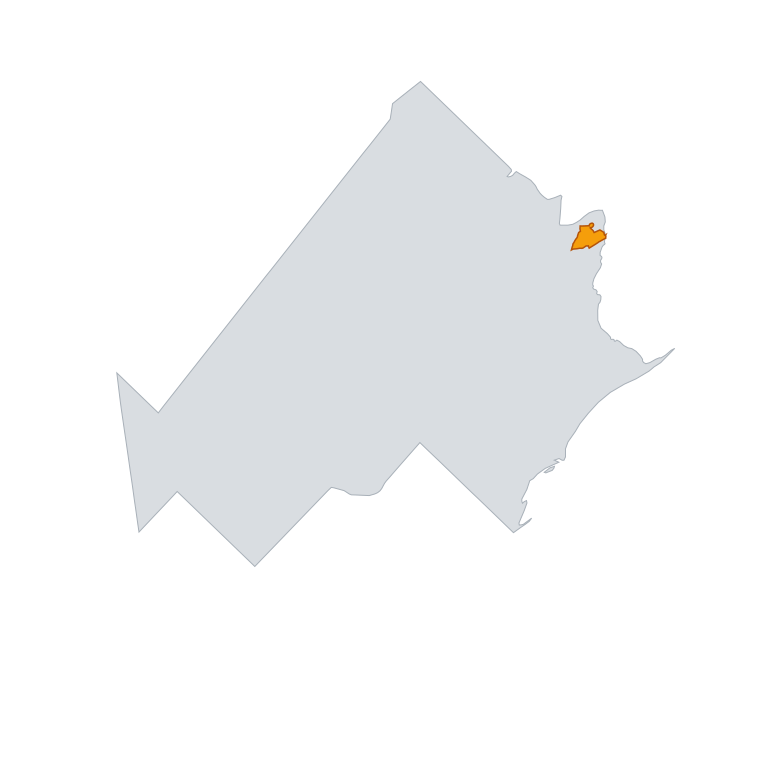 Selibabi, Guidimaka, Mauritania shown in context, rotated 224°
{"feature_id": "47542326B53880541156854", "entity_name": "Selibabi", "entity_type": "district", "adm_level": 2, "iso_a3": "MRT", "parent_name": "Mauritania", "parent_adm1": "Guidimaka", "projection": "equal_earth", "projection_center": [-12.373, 15.469], "detail": "fine", "context": "in_parent", "style": "filled", "palette": "amber", "viewbox_px": 768, "rotation_deg": 224, "n_neighbors": 0, "source": "geoboundaries", "source_scale": "gbopen_adm2", "svg_char_len": 4590}
<svg xmlns="http://www.w3.org/2000/svg" viewBox="0 0 768 768"><g transform="rotate(224 384 384)"><path d="M341.7,657.9L341.0,657.5L337.4,654.3L335.7,650.4L332.9,647.5L329.0,645.6L326.5,643.4L325.3,640.9L323.9,639.2L322.4,638.4L322.3,637.5L322.6,636.2L322.3,634.0L320.0,628.9L317.9,626.6L316.1,626.9L315.0,626.3L314.4,625.2L314.2,623.6L312.9,622.1L310.8,621.5L309.1,617.8L307.8,610.9L306.1,605.5L304.0,601.7L302.6,600.2L301.5,600.0L301.1,599.4L300.8,598.3L299.2,597.9L296.9,599.0L294.9,598.6L293.9,596.8L292.5,596.6L290.7,598.1L288.7,597.7L286.6,595.2L285.4,592.8L285.2,590.4L281.5,585.5L274.4,578.3L266.6,574.9L258.2,575.4L253.5,575.0L252.4,573.9L251.4,574.0L250.3,575.3L249.2,575.6L248.1,574.9L247.3,575.4L247.0,577.3L244.0,578.2L238.4,578.2L233.8,579.4L230.3,581.6L225.4,582.6L219.1,582.3L215.2,581.4L213.9,580.1L212.1,579.8L209.7,580.5L207.6,584.1L205.7,590.6L204.1,594.2L202.9,595.2L201.6,600.0L200.8,608.0L199.6,611.6L199.8,591.5L201.6,584.0L202.3,577.4L206.3,562.8L211.0,550.9L215.4,535.1L217.1,519.8L216.7,504.9L215.5,491.6L213.4,482.8L211.4,470.1L208.4,463.4L202.8,457.6L201.6,454.2L202.9,452.9L206.3,452.0L208.6,447.5L203.9,449.2L209.4,435.3L211.1,425.8L210.9,419.6L212.0,415.7L208.0,407.4L204.9,396.9L203.3,395.3L201.6,394.4L201.4,396.9L200.5,399.1L198.5,397.7L195.1,390.1L190.4,377.8L188.7,376.5L187.3,378.2L186.3,379.8L184.6,390.1L184.1,386.0L184.9,381.2L186.1,375.3L187.6,367.0L191.8,367.0L199.4,367.0L214.4,367.0L222.0,367.0L237.1,367.0L244.6,366.9L259.7,366.9L267.2,366.9L282.3,366.9L289.9,366.9L305.0,366.8L312.5,366.8L317.5,366.8L317.2,361.0L317.0,356.3L316.7,350.1L316.4,343.9L316.1,337.6L315.8,331.8L315.5,326.0L315.2,320.6L315.0,315.6L314.6,312.8L313.0,307.2L312.7,304.3L313.1,301.4L314.2,298.6L317.1,293.5L321.5,289.6L326.6,285.1L330.5,281.6L332.5,280.8L338.6,279.6L343.4,277.0L348.1,274.4L350.1,273.0L350.3,268.3L350.2,163.0L373.1,163.0L379.1,163.0L421.3,163.0L427.4,163.0L458.1,163.0L458.0,158.0L457.9,150.9L457.8,141.2L457.7,131.5L457.5,114.4L457.4,107.3L463.5,112.0L475.8,121.6L481.9,126.3L494.1,135.9L506.4,145.4L518.7,155.0L524.9,159.8L531.1,164.6L537.2,169.3L543.4,174.1L555.8,183.7L561.0,187.8L568.9,194.2L576.4,200.3L583.9,206.4L572.5,206.4L557.3,206.4L546.9,206.4L536.3,206.4L526.3,206.4L527.4,216.3L528.5,227.1L529.6,238.0L530.7,248.8L531.8,259.7L535.1,292.4L536.2,303.3L537.3,314.2L538.4,325.1L539.5,336.1L541.7,358.0L542.8,369.0L543.9,379.9L544.9,390.9L546.0,401.9L547.1,412.9L549.3,435.0L550.4,446.0L551.5,457.1L552.6,468.1L553.7,479.2L554.8,490.3L555.9,501.4L557.0,512.5L559.2,534.7L560.2,545.8L561.3,556.9L562.4,568.0L563.5,578.8L567.5,584.5L572.6,591.6L571.3,601.7L569.7,613.8L567.9,627.0L554.0,627.0L540.4,627.0L506.3,627.0L499.5,627.0L465.4,627.0L458.6,627.0L445.5,627.0L441.5,626.7L440.1,625.6L439.6,618.8L438.4,619.3L437.1,621.3L436.4,623.4L436.6,626.3L436.4,628.7L432.1,629.6L426.1,631.2L419.9,632.5L413.6,632.0L411.5,631.5L409.2,630.6L404.2,629.6L401.5,629.5L398.3,629.7L394.7,630.3L393.5,631.5L390.7,636.6L388.1,642.5L386.3,642.5L384.3,639.2L378.9,633.1L372.3,625.1L369.3,621.2L367.7,620.6L364.6,623.5L361.9,626.2L359.1,630.1L357.8,633.9L356.8,638.3L356.4,643.5L355.4,649.5L353.1,654.4L350.4,658.1L348.4,659.8L347.6,660.7L341.7,657.9ZM206.4,438.9L204.2,443.2L203.3,441.5L203.0,438.7L204.9,434.6L205.8,432.5L207.4,431.8L206.4,438.9Z" fill="#d9dde1" stroke="#a8b0b8" stroke-width="1"/><path d="M352.7,633.9L351.1,632.1L350.9,631.8L348.8,630.3L349.2,628.2L347.9,625.4L347.0,624.0L346.8,623.2L346.7,622.2L346.6,621.1L346.4,620.5L346.2,619.4L345.8,618.2L345.6,617.6L345.5,616.3L344.2,614.3L343.8,613.3L342.3,610.6L342.0,611.5L341.7,612.4L341.0,613.2L340.2,614.1L339.1,615.4L338.6,616.1L337.6,617.5L335.8,619.2L335.3,620.0L334.5,623.8L333.4,624.7L333.1,625.3L330.8,624.3L329.4,629.8L329.2,630.5L328.3,634.4L328.2,635.5L327.8,636.4L327.5,637.6L325.8,643.0L326.2,643.3L326.4,643.5L326.6,643.8L326.8,644.1L327.1,644.4L327.2,644.5L327.5,644.7L327.6,644.8L327.9,645.0L328.0,645.1L328.1,645.4L328.2,644.9L328.3,644.7L328.7,644.4L328.8,644.3L329.0,644.4L329.4,644.6L329.6,644.7L329.9,645.0L330.1,645.1L330.4,645.2L330.8,645.5L331.2,645.8L335.7,644.8L338.1,638.9L340.1,639.6L341.9,639.6L342.4,639.5L343.0,639.5L344.0,639.5L344.3,639.8L344.1,639.9L343.8,640.2L343.6,640.5L343.4,640.8L343.2,641.4L343.2,641.5L343.1,642.1L343.2,642.8L343.3,643.0L343.4,643.4L343.6,643.8L344.1,644.3L344.5,644.5L344.8,644.6L345.1,644.6L345.5,644.5L345.9,644.4L346.1,644.1L346.4,643.8L346.6,643.5L346.8,643.0L346.9,642.8L347.0,642.3L347.0,641.5L346.8,641.2L346.6,640.7L346.4,640.3L348.5,638.1L350.8,635.7L352.7,633.9Z" fill="#f59e0b" stroke="#b45309" stroke-width="1.5"/></g></svg>